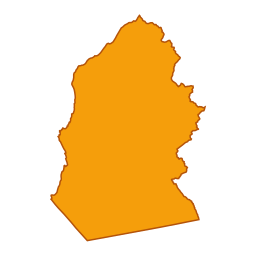 the district of Talara, Piura, Peru
{"feature_id": "86281439B38323615258078", "entity_name": "Talara", "entity_type": "district", "adm_level": 2, "iso_a3": "PER", "parent_name": "Peru", "parent_adm1": "Piura", "projection": "mercator", "projection_center": [-81.054, -4.452], "detail": "fine", "context": "isolated", "style": "filled", "palette": "amber", "viewbox_px": 256, "rotation_deg": 0, "n_neighbors": 0, "source": "geoboundaries", "source_scale": "gbopen_adm2", "svg_char_len": 5770}
<svg xmlns="http://www.w3.org/2000/svg" viewBox="0 0 256 256"><path d="M139.4,15.4L137.7,17.9L137.1,19.2L136.0,20.7L135.5,21.1L135.1,21.3L134.1,20.9L133.6,20.9L132.1,22.2L131.4,22.5L129.3,22.6L128.8,22.7L127.6,23.6L124.7,25.1L122.6,27.1L121.3,27.9L116.7,35.7L115.6,37.9L113.2,41.8L111.1,43.4L110.2,43.7L109.7,43.9L108.3,43.3L107.1,43.8L106.7,44.2L105.2,46.6L104.1,47.9L100.6,52.8L98.7,54.7L97.7,55.4L96.8,55.8L95.3,55.9L94.8,55.8L94.3,56.5L93.0,57.4L92.1,57.9L90.8,58.1L89.2,58.8L88.3,59.6L88.0,60.0L87.4,60.4L85.7,63.2L84.7,64.2L83.8,64.7L82.7,65.2L81.8,65.2L81.2,65.5L80.1,65.8L78.9,65.8L78.0,66.8L77.3,68.6L76.3,69.6L75.4,71.9L74.3,72.8L74.1,73.1L73.7,74.6L73.7,77.5L73.2,80.3L72.2,82.2L71.8,84.0L72.0,84.8L73.5,87.7L74.2,89.5L74.8,92.6L75.2,95.7L75.3,97.9L75.1,99.0L74.8,99.8L75.0,102.6L74.9,103.1L74.3,103.6L74.3,104.4L74.4,106.2L74.2,107.3L74.4,108.8L74.2,110.6L73.2,113.4L72.6,113.7L71.7,114.0L71.7,116.2L71.3,117.6L70.6,118.5L70.6,120.6L70.2,121.9L69.8,122.5L69.6,122.4L69.5,122.1L69.2,122.3L68.8,123.8L68.1,124.7L67.9,126.1L67.5,126.4L67.4,126.1L67.2,126.1L67.0,127.0L66.4,127.9L65.5,128.7L63.8,128.6L63.5,128.3L62.9,128.0L62.4,129.2L62.1,129.5L61.8,129.4L61.4,130.1L60.9,130.4L60.5,131.1L60.2,131.1L59.8,130.7L59.6,130.8L59.7,131.4L59.6,132.0L60.0,132.2L60.2,132.6L60.2,134.3L59.2,134.9L59.5,135.5L59.1,135.6L59.0,136.0L58.8,136.1L58.7,136.3L58.2,136.5L58.5,136.9L58.6,137.6L58.9,137.8L59.2,138.6L59.1,139.1L59.3,139.5L59.2,140.1L59.8,141.1L60.4,141.6L62.9,146.9L64.1,149.2L65.1,150.6L65.7,152.0L65.8,153.2L65.6,153.3L64.9,153.3L64.8,153.5L65.7,155.0L66.1,156.3L66.4,157.4L66.2,158.1L65.7,158.6L67.2,162.9L67.3,163.9L67.6,164.8L67.3,165.3L66.8,165.6L66.0,166.3L65.7,166.5L65.3,166.5L65.1,166.3L65.0,165.6L64.8,165.4L64.3,165.7L64.0,166.0L64.1,166.8L63.6,170.0L62.9,171.2L62.2,171.6L61.9,172.0L61.1,174.9L61.1,176.8L61.3,178.4L61.2,179.8L60.3,181.2L60.0,182.3L59.9,183.7L59.6,184.9L59.0,186.1L58.5,186.7L57.6,189.7L57.0,192.3L56.1,193.5L54.8,194.8L54.3,195.1L53.7,195.2L52.1,195.0L51.3,195.1L51.1,195.5L51.1,195.9L51.7,197.2L51.8,198.2L51.7,198.9L51.1,199.0L51.0,199.3L51.5,199.7L55.1,204.3L58.4,208.1L64.3,214.4L71.2,222.3L75.9,228.0L87.3,240.6L161.4,227.0L198.9,219.6L198.6,217.9L197.7,215.7L197.6,214.6L196.8,213.5L195.8,210.2L195.2,209.5L194.6,208.5L194.8,207.9L194.4,207.5L193.8,205.2L193.3,204.7L193.2,203.8L192.9,203.8L192.4,202.8L191.7,202.2L191.8,201.8L191.6,201.5L191.5,201.1L190.8,200.9L190.2,200.5L189.6,199.7L189.3,199.6L188.5,199.6L187.3,198.9L186.8,198.3L186.5,197.7L185.4,196.9L184.8,196.6L184.1,196.6L183.9,196.4L182.2,193.7L180.8,192.2L179.5,190.2L179.1,189.9L177.9,188.4L177.1,186.9L176.7,185.4L176.3,185.1L176.1,184.0L175.9,183.9L173.9,183.9L173.7,183.5L173.7,183.0L173.2,182.7L172.9,182.2L172.8,181.2L172.0,180.7L171.6,179.5L171.8,179.3L174.2,178.9L175.2,178.1L177.5,178.6L178.7,178.5L179.2,177.4L179.6,177.2L179.7,176.8L180.9,175.4L181.0,174.5L181.4,174.0L182.5,173.6L183.4,173.0L184.7,172.6L185.0,172.4L185.8,172.3L186.0,172.2L186.5,171.3L186.7,170.0L186.5,169.1L187.0,168.0L187.3,167.8L187.4,167.5L186.8,167.0L186.5,166.9L186.4,166.5L185.5,166.4L185.0,166.1L184.6,164.9L184.7,163.7L184.0,163.0L184.1,162.3L184.0,162.0L184.1,161.7L183.3,161.4L182.6,160.6L182.3,159.9L182.3,159.1L182.0,158.5L181.7,158.3L180.3,158.3L179.8,158.5L179.1,159.1L178.9,159.0L178.6,158.3L178.2,158.1L178.2,157.6L177.7,157.3L177.1,157.0L176.9,156.6L177.0,155.4L176.7,154.6L176.3,153.9L176.4,153.5L176.3,153.0L176.7,152.4L177.4,151.9L177.8,151.1L177.8,150.6L177.2,149.9L177.0,149.1L182.2,145.2L185.5,142.5L187.6,141.7L188.4,140.5L189.0,140.2L191.0,139.8L191.4,139.0L190.6,138.3L190.2,137.4L190.1,135.6L190.3,135.2L191.3,134.7L192.1,134.0L192.0,133.4L191.4,132.7L191.3,132.4L191.5,131.9L191.9,131.7L192.2,131.2L193.1,130.6L193.8,130.7L195.3,130.5L195.9,130.3L196.8,129.5L197.6,129.5L198.3,129.3L198.4,129.1L198.3,128.9L197.4,128.3L197.2,127.7L196.5,127.0L196.9,126.5L197.0,125.9L196.2,124.4L196.2,123.8L195.8,123.0L196.1,122.6L197.6,121.9L197.6,121.3L198.4,120.1L199.2,119.7L199.8,118.9L199.4,118.0L198.4,116.3L198.0,114.7L198.2,114.4L199.4,113.8L199.8,113.2L200.0,112.6L201.1,111.9L201.5,111.2L202.5,111.0L203.2,110.7L203.7,110.8L204.3,109.8L205.0,107.0L203.7,107.7L203.1,107.7L202.3,107.3L201.7,106.8L201.0,107.0L200.4,106.7L199.6,106.6L198.2,107.0L197.7,106.7L196.7,105.6L195.9,104.9L195.9,104.1L195.3,103.4L193.6,102.8L193.3,102.1L192.3,101.7L190.9,101.7L190.3,101.3L190.0,101.0L190.1,100.8L190.5,100.3L190.5,100.1L189.2,97.6L189.0,96.7L189.7,95.8L189.7,95.2L189.5,94.7L190.0,93.9L191.7,92.4L192.2,92.3L192.6,92.0L192.4,91.4L192.5,90.3L192.0,89.5L193.2,87.8L193.0,86.1L192.2,86.1L191.5,85.8L190.8,85.8L189.9,86.0L189.3,86.3L187.6,86.3L187.2,86.6L186.6,86.5L185.3,86.8L184.8,86.6L184.2,85.5L183.3,84.4L182.3,83.7L181.3,83.4L180.9,84.0L180.3,85.3L178.6,86.5L178.3,86.6L177.9,86.2L177.7,85.5L177.0,85.2L176.5,84.2L175.6,83.2L173.6,81.8L172.7,81.2L172.2,80.6L171.4,79.2L171.4,78.2L171.4,77.5L172.6,75.3L172.8,72.9L173.6,71.5L174.0,70.3L173.7,68.4L174.0,68.0L174.0,66.8L174.8,65.5L174.6,64.4L176.2,62.6L177.5,61.5L177.8,60.9L178.6,59.9L179.8,58.8L180.2,57.7L179.5,56.7L178.5,56.1L177.6,54.7L176.2,53.8L175.6,53.0L175.4,52.4L175.5,51.4L174.1,50.3L173.6,49.4L174.2,48.2L174.1,47.4L171.6,46.9L171.4,46.6L171.8,45.5L171.8,43.4L171.0,42.8L169.8,40.5L169.4,40.4L169.0,40.4L168.0,40.8L166.1,41.9L164.3,42.2L163.2,41.8L162.1,41.6L161.2,40.5L161.2,39.9L161.5,39.3L162.5,38.1L163.0,37.0L163.3,36.0L163.9,34.8L164.0,34.1L162.9,32.3L162.0,31.9L162.2,30.8L161.3,28.7L161.0,27.6L160.4,27.4L159.3,27.7L158.9,27.6L157.9,26.2L156.5,25.5L156.2,24.8L155.9,24.5L154.3,24.7L153.3,23.6L152.2,22.7L150.5,22.8L148.3,23.6L147.0,23.5L146.2,23.2L144.9,21.4L143.3,20.8L142.7,20.4L142.4,19.2L141.0,17.6L140.4,17.2L140.0,16.0L139.4,15.4Z" fill="#f59e0b" stroke="#b45309" stroke-width="1.5"/></svg>